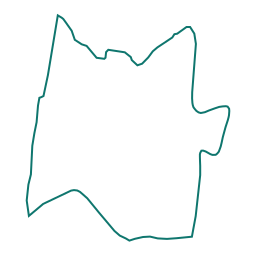 outline of Sibilia, Quezaltenango, Guatemala
{"feature_id": "79465075B93967770843500", "entity_name": "Sibilia", "entity_type": "district", "adm_level": 2, "iso_a3": "GTM", "parent_name": "Guatemala", "parent_adm1": "Quezaltenango", "projection": "robinson", "projection_center": [-91.632, 14.992], "detail": "fine", "context": "isolated", "style": "outline", "palette": "teal", "viewbox_px": 256, "rotation_deg": 0, "n_neighbors": 0, "source": "geoboundaries", "source_scale": "gbopen_adm2", "svg_char_len": 1289}
<svg xmlns="http://www.w3.org/2000/svg" viewBox="0 0 256 256"><path d="M191.9,236.7L195.7,216.1L200.2,175.1L200.2,165.8L200.0,160.6L199.9,156.8L199.9,154.3L200.3,152.7L201.4,150.7L203.1,150.6L205.7,151.5L208.0,152.8L210.3,154.1L212.4,154.9L215.7,154.8L217.2,153.6L218.8,151.7L219.8,149.0L220.7,146.5L221.6,142.8L222.8,137.2L225.5,127.3L227.8,120.2L228.6,117.2L229.0,115.2L229.3,111.0L229.1,108.7L227.6,106.6L225.9,106.2L222.6,106.4L219.2,106.9L214.7,108.4L208.9,110.5L204.9,112.2L203.4,112.5L200.8,113.0L198.6,112.4L196.4,110.9L194.7,108.9L193.5,107.3L192.8,105.2L192.4,102.9L192.1,98.3L192.2,92.2L195.9,43.9L194.3,33.6L190.1,27.0L186.5,27.0L177.2,33.7L174.4,34.2L172.3,37.5L157.4,47.4L152.8,51.3L148.2,57.5L142.1,63.7L137.4,65.3L131.8,60.1L130.8,57.1L124.8,52.3L108.3,49.8L106.1,52.1L105.5,57.7L104.3,58.8L96.6,57.8L86.6,45.9L81.7,44.3L74.8,39.8L71.7,30.8L65.7,22.3L63.3,19.0L61.7,17.7L57.8,15.4L47.9,75.2L43.5,96.0L41.4,97.1L39.4,97.8L38.0,105.6L36.6,122.2L34.4,133.1L32.3,145.8L30.9,174.4L28.4,184.6L26.7,200.5L28.9,215.9L43.2,203.9L71.1,190.6L74.0,190.1L77.3,190.5L80.0,191.9L87.2,198.2L98.9,212.5L114.5,231.0L119.8,235.6L125.9,238.5L129.4,240.6L134.9,238.8L143.0,237.0L150.0,236.6L157.7,238.4L167.0,238.9L176.7,238.2L191.9,236.7Z" fill="none" stroke="#0f766e" stroke-width="2"/></svg>